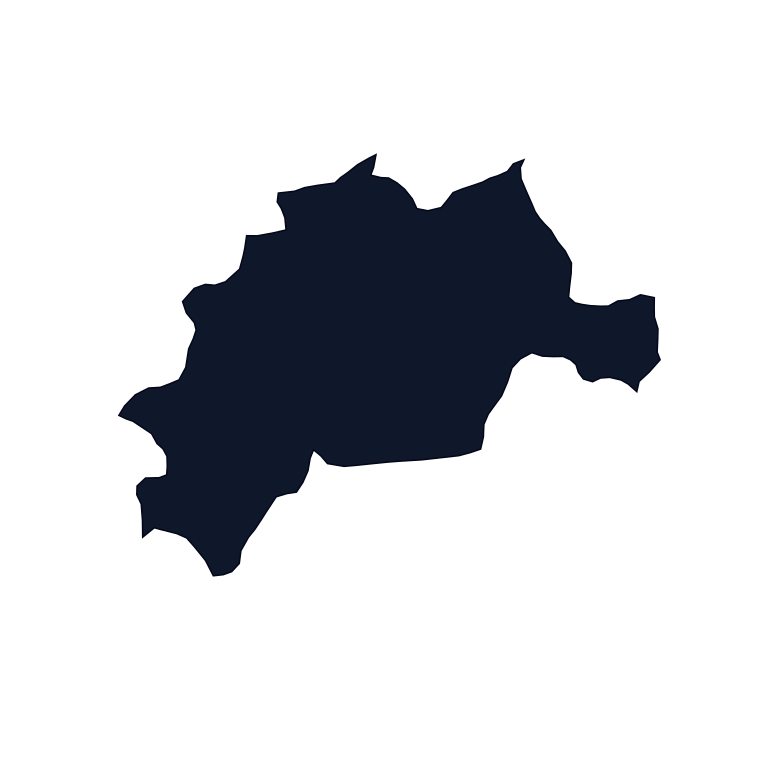 the district of Pindorama, São Paulo, Brazil, rotated 215°
{"feature_id": "56859067B36647216978895", "entity_name": "Pindorama", "entity_type": "district", "adm_level": 2, "iso_a3": "BRA", "parent_name": "Brazil", "parent_adm1": "São Paulo", "projection": "mercator", "projection_center": [-48.915, -21.203], "detail": "fine", "context": "isolated", "style": "filled", "palette": "ink", "viewbox_px": 768, "rotation_deg": 215, "n_neighbors": 0, "source": "geoboundaries", "source_scale": "gbopen_adm2", "svg_char_len": 2103}
<svg xmlns="http://www.w3.org/2000/svg" viewBox="0 0 768 768"><g transform="rotate(215 384 384)"><path d="M583.2,206.2L575.6,207.5L568.2,209.5L545.9,210.0L535.7,205.0L527.8,204.1L520.3,200.3L514.3,192.2L509.9,184.9L514.4,178.3L525.4,170.2L527.8,158.8L523.0,151.5L514.0,146.4L503.6,133.7L493.8,120.1L489.7,134.5L482.7,137.0L468.0,142.6L457.4,144.7L447.5,142.3L439.5,140.1L428.9,137.0L413.8,129.0L406.4,135.5L401.1,142.9L399.6,154.0L405.6,165.4L407.1,180.8L406.4,190.8L406.7,202.9L407.1,211.3L407.6,229.8L400.8,238.4L393.7,245.2L394.0,256.8L396.5,269.3L401.9,280.8L404.0,289.7L394.5,288.9L384.6,286.4L369.5,293.6L360.4,301.2L346.1,313.6L336.2,322.1L327.6,329.2L309.4,343.7L281.6,368.2L274.1,377.1L267.5,386.1L272.2,397.6L279.0,408.2L281.3,419.1L281.2,427.7L280.9,441.8L284.0,456.5L288.4,470.6L286.7,482.8L280.9,494.4L270.2,497.7L261.4,503.3L253.1,509.3L245.0,510.8L237.7,509.9L231.4,505.0L223.5,502.5L214.4,505.5L210.1,513.1L202.9,518.9L192.2,523.2L183.9,524.0L172.5,522.7L176.5,532.4L173.6,545.7L171.7,562.2L178.5,566.8L185.6,577.9L191.2,586.3L201.0,594.0L206.6,601.7L212.1,609.8L225.1,604.2L231.1,594.0L240.2,586.0L244.8,576.6L251.1,572.0L259.9,566.5L267.5,562.7L274.2,560.0L282.6,561.0L287.2,569.0L294.0,581.7L299.8,590.6L311.9,596.9L323.3,600.1L335.4,605.5L344.5,607.2L351.6,609.0L358.9,611.8L367.2,617.0L378.6,623.9L389.4,630.7L396.5,639.5L398.0,647.9L404.3,638.6L404.8,628.9L410.2,619.9L415.4,613.1L419.0,606.0L424.5,598.4L431.9,588.5L437.2,580.4L437.6,570.6L438.3,561.4L447.4,551.1L457.7,546.5L466.9,551.9L478.8,555.4L488.7,556.2L498.4,555.4L504.9,551.3L514.7,547.5L516.7,555.4L522.1,567.3L525.8,560.5L531.4,548.6L534.9,536.7L538.0,528.0L539.5,520.5L552.2,508.8L561.7,499.3L567.8,490.6L580.1,479.8L575.9,471.9L568.8,468.9L560.5,463.3L552.6,454.0L562.2,443.4L572.8,432.7L581.6,426.7L575.9,415.3L572.8,408.1L568.2,395.3L572.5,376.8L579.2,367.9L587.5,363.1L594.3,353.5L596.3,336.0L586.7,328.9L574.5,325.4L568.8,320.4L566.1,311.3L564.2,300.8L555.9,283.9L554.3,269.8L559.7,261.2L565.3,253.0L574.5,245.7L581.5,232.5L583.9,217.3L583.2,206.2Z" fill="#0f172a" stroke="#020617" stroke-width="1.5"/></g></svg>